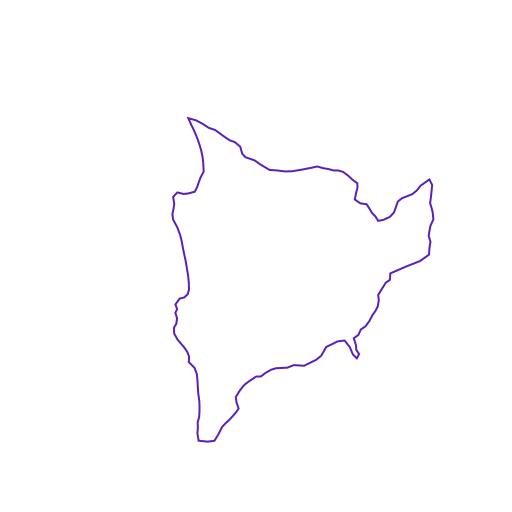 Rio das Ostras, Rio de Janeiro, Brazil (Mercator projection), rotated 133°
{"feature_id": "56859067B39929530851792", "entity_name": "Rio das Ostras", "entity_type": "district", "adm_level": 2, "iso_a3": "BRA", "parent_name": "Brazil", "parent_adm1": "Rio de Janeiro", "projection": "mercator", "projection_center": [-41.947, -22.471], "detail": "fine", "context": "isolated", "style": "outline", "palette": "violet", "viewbox_px": 512, "rotation_deg": 133, "n_neighbors": 0, "source": "geoboundaries", "source_scale": "gbopen_adm2", "svg_char_len": 2307}
<svg xmlns="http://www.w3.org/2000/svg" viewBox="0 0 512 512"><g transform="rotate(133 256 256)"><path d="M201.4,399.5L204.4,392.4L206.4,387.0L208.6,382.1L210.8,377.5L213.4,372.8L216.2,368.0L219.6,363.2L223.4,358.6L226.7,355.2L229.9,351.9L236.4,350.1L241.7,347.9L245.8,346.0L250.7,344.6L256.0,347.9L259.9,351.1L263.2,356.9L269.3,356.9L273.7,351.3L277.9,348.4L282.4,345.7L285.8,341.6L288.9,332.7L292.5,325.6L295.9,320.3L299.4,315.7L304.1,309.1L307.7,303.9L310.3,300.5L313.7,296.1L317.3,291.5L321.6,286.7L326.3,282.1L330.5,279.9L335.2,280.2L339.3,282.8L346.4,281.9L348.6,277.5L352.6,276.2L355.3,271.4L359.8,268.1L364.4,267.1L368.5,263.0L370.7,256.2L371.7,246.8L373.0,240.8L375.2,236.3L379.4,232.8L379.7,224.7L382.6,218.9L386.8,214.1L390.8,209.9L395.4,205.1L398.5,201.3L401.5,197.7L404.8,194.5L407.9,191.6L412.6,187.7L417.5,185.2L421.2,181.4L425.5,178.1L430.2,172.0L424.8,164.8L419.5,160.4L412.4,161.8L404.1,164.2L399.6,164.2L394.0,163.8L389.8,163.8L383.7,164.0L379.4,164.7L376.4,170.3L373.0,174.6L366.5,175.9L362.4,176.4L357.8,176.6L352.2,175.6L344.1,173.7L340.8,170.3L335.0,169.3L328.9,167.4L324.4,164.8L316.4,157.0L310.0,153.9L303.4,145.9L296.6,143.4L290.9,141.2L284.4,140.3L274.6,142.6L267.9,140.0L262.8,138.1L257.4,133.5L258.7,125.1L261.9,118.1L262.1,112.5L257.4,113.7L256.2,118.8L253.1,121.9L249.5,128.4L244.0,127.3L238.2,129.2L232.8,128.0L226.3,128.7L220.2,130.4L214.2,131.3L209.8,132.6L204.6,136.0L201.1,140.1L193.0,141.7L187.0,142.9L182.1,141.8L177.1,145.9L162.1,139.4L147.8,132.6L137.0,130.4L131.7,134.7L126.6,138.1L123.7,143.2L119.9,145.9L115.0,149.0L108.3,151.2L104.2,155.8L101.7,159.4L98.6,164.7L93.0,168.7L88.5,172.1L83.9,175.6L81.8,181.4L92.3,183.6L98.2,183.1L104.0,183.8L108.9,186.1L114.0,188.6L119.4,189.4L123.3,187.7L130.0,184.8L136.2,184.8L142.7,187.5L147.0,190.6L145.6,195.7L145.4,200.3L144.0,205.3L142.7,210.4L146.3,215.5L147.3,222.3L141.3,226.0L136.9,228.3L133.7,231.5L134.4,237.4L134.4,242.9L135.1,249.7L137.5,254.4L140.4,257.4L143.0,262.3L146.0,266.8L148.7,272.2L153.2,275.3L157.9,278.7L161.2,281.1L169.4,287.4L174.4,292.5L179.1,299.0L183.8,304.8L186.0,314.7L187.0,322.2L189.0,326.7L191.0,331.2L190.5,336.0L186.8,342.1L187.2,349.3L189.4,354.4L190.3,360.3L191.1,366.6L191.7,371.7L194.5,378.0L195.7,385.0L197.7,392.5L201.4,399.5Z" fill="none" stroke="#5b21b6" stroke-width="2"/></g></svg>